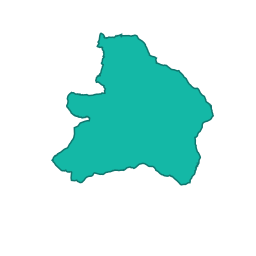 Bruiu, Sibiu, Romania (Equal Earth projection), rotated 131°
{"feature_id": "2599482B45043603267920", "entity_name": "Bruiu", "entity_type": "district", "adm_level": 2, "iso_a3": "ROU", "parent_name": "Romania", "parent_adm1": "Sibiu", "projection": "equal_earth", "projection_center": [24.694, 45.868], "detail": "fine", "context": "isolated", "style": "filled", "palette": "teal", "viewbox_px": 256, "rotation_deg": 131, "n_neighbors": 0, "source": "geoboundaries", "source_scale": "gbopen_adm2", "svg_char_len": 5830}
<svg xmlns="http://www.w3.org/2000/svg" viewBox="0 0 256 256"><g transform="rotate(131 128 128)"><path d="M138.2,193.9L140.3,194.3L141.9,194.4L142.9,194.3L144.0,193.9L145.8,192.9L146.5,191.4L147.6,190.4L149.5,189.3L151.0,189.0L151.6,188.6L152.1,187.9L152.1,186.6L152.3,186.4L152.2,186.1L152.3,186.0L152.6,184.7L152.8,184.3L152.7,183.4L153.1,182.6L153.3,181.5L153.8,181.0L153.8,177.4L153.5,177.2L153.4,176.9L153.6,176.1L153.1,175.6L153.2,175.1L153.0,174.7L152.4,173.9L151.9,173.6L152.2,173.2L152.3,172.8L152.0,172.6L152.0,172.3L151.3,171.2L150.4,170.3L150.6,169.7L150.3,169.5L150.3,169.1L149.5,168.7L149.4,168.4L149.1,168.4L148.3,167.3L147.7,167.3L147.2,167.0L146.7,167.1L146.4,166.8L146.6,166.6L146.6,166.4L146.2,166.5L145.7,165.8L146.0,164.5L145.5,163.9L145.8,163.6L145.9,163.3L147.8,162.1L148.0,162.0L149.0,163.3L151.2,164.9L155.6,167.3L159.6,167.0L163.0,168.7L167.6,164.4L170.8,162.6L173.3,162.0L174.1,162.1L177.1,161.5L178.6,161.5L182.1,160.6L183.0,160.7L184.7,161.6L185.9,162.1L191.0,163.0L191.8,163.6L192.8,163.6L193.6,164.1L194.5,164.1L194.8,163.9L195.7,164.1L195.9,164.4L196.4,164.4L196.3,164.6L196.6,164.8L197.3,164.9L199.2,164.8L200.4,164.3L201.2,164.1L201.3,163.9L201.6,164.2L202.0,164.1L201.6,163.6L202.5,162.6L202.6,161.8L202.5,161.6L202.5,161.1L203.4,158.2L203.7,150.4L203.1,149.2L202.6,148.9L202.5,148.5L202.1,148.2L201.9,147.6L201.3,147.6L200.7,147.3L201.0,146.7L200.9,145.0L200.2,144.0L199.8,143.8L199.8,143.5L199.5,143.5L198.5,142.2L198.3,141.8L198.4,141.5L203.0,138.2L204.6,136.3L202.7,133.6L201.1,132.5L201.0,132.2L201.3,131.6L201.3,130.8L201.0,130.1L200.6,128.3L199.3,127.2L198.6,127.1L195.9,126.9L193.7,127.2L191.9,126.8L190.3,126.0L188.5,124.2L187.0,123.6L184.8,124.1L183.8,123.8L181.3,118.7L180.1,117.5L179.4,116.4L177.9,115.9L176.3,115.7L174.8,114.5L173.8,113.9L172.6,112.7L170.6,111.6L170.1,111.6L169.9,111.1L169.5,111.0L168.6,110.2L168.2,110.2L168.1,109.7L167.0,108.5L166.1,107.0L164.3,105.5L162.9,103.8L162.7,103.9L162.7,103.5L161.1,103.0L159.7,102.8L159.3,102.9L158.3,102.4L156.2,101.0L155.8,100.5L156.0,99.9L155.9,99.6L154.7,98.3L154.6,97.1L152.8,96.4L148.0,95.8L144.9,93.6L143.9,91.9L143.4,89.1L143.4,88.0L143.1,86.9L140.8,84.1L140.6,83.5L140.6,81.9L140.7,81.3L141.1,80.0L141.6,79.3L141.1,76.9L141.3,73.8L141.0,71.8L140.2,70.5L140.3,70.0L140.2,69.4L138.6,66.8L137.5,65.9L136.2,65.4L136.1,64.9L136.3,64.4L136.1,64.2L136.1,63.4L135.5,62.9L135.7,59.0L135.6,56.4L135.8,53.6L136.1,52.0L136.0,50.6L133.9,48.9L132.7,47.5L130.2,46.8L129.6,46.4L128.6,45.4L127.9,46.0L127.4,46.1L126.8,46.8L125.8,47.1L123.7,47.2L122.9,47.8L119.0,47.6L118.2,48.1L117.0,48.5L116.5,49.3L114.9,49.3L114.1,49.9L113.6,50.1L113.5,50.3L113.5,50.6L113.2,50.8L112.5,50.7L112.7,50.9L112.2,51.0L112.0,51.3L110.6,51.2L110.4,51.0L109.7,51.2L109.7,51.3L109.4,51.2L108.5,51.4L108.1,51.6L108.2,51.8L107.9,51.6L105.5,53.4L102.9,54.0L102.2,54.9L101.1,57.3L100.5,58.8L100.6,59.5L100.2,60.5L98.7,62.9L97.7,64.3L96.6,65.1L96.3,66.1L95.9,66.8L92.9,69.3L91.2,71.3L90.4,70.7L89.0,70.5L88.2,70.6L86.9,71.4L85.7,71.7L84.6,71.8L84.0,71.5L83.3,71.4L78.8,72.5L77.1,73.9L75.5,74.7L73.6,74.4L71.9,73.5L71.1,72.8L67.8,71.5L66.3,71.3L64.6,71.8L62.9,71.7L62.5,72.6L61.7,73.4L61.3,74.2L60.4,75.6L59.7,76.2L59.0,77.6L57.8,78.7L57.7,78.8L58.1,78.7L56.7,81.3L56.6,81.2L56.4,82.0L56.7,83.0L56.6,84.2L56.9,85.9L56.4,87.3L55.8,87.7L55.1,89.2L54.3,90.6L54.1,91.6L54.4,92.7L54.5,93.9L54.1,96.5L53.0,98.9L52.5,100.5L52.6,101.8L53.8,102.9L54.6,104.1L54.8,105.2L54.9,107.2L54.6,108.9L54.7,110.5L54.2,112.3L54.3,112.7L53.6,113.7L53.6,114.4L53.1,115.3L52.6,116.6L52.8,119.4L52.3,120.4L52.0,121.8L51.8,124.7L51.9,125.6L51.4,126.7L51.4,127.3L52.6,128.3L53.7,131.2L55.3,133.6L55.6,138.6L55.5,139.9L56.7,141.8L57.4,142.1L58.2,143.9L58.6,144.5L59.4,147.3L59.7,147.9L59.7,148.3L60.2,148.7L60.3,149.4L59.5,149.8L58.5,151.6L57.7,152.1L56.6,152.4L56.9,153.3L56.8,154.1L57.4,155.5L57.9,156.2L58.7,158.4L58.9,159.7L58.3,160.1L57.4,162.2L57.5,162.3L57.3,162.8L56.3,164.2L56.2,164.7L55.7,165.6L55.5,166.1L55.0,166.9L54.8,168.0L54.4,168.9L53.7,169.6L53.2,171.8L53.1,174.1L53.8,178.6L52.6,181.8L53.2,183.3L53.8,184.0L55.1,184.7L55.6,185.4L56.6,185.7L57.6,187.8L62.2,192.9L62.4,192.7L62.3,193.0L62.7,193.2L62.5,193.4L63.2,193.2L63.4,193.0L63.5,193.2L63.3,193.4L62.8,193.7L62.4,193.6L63.1,194.8L62.8,194.9L64.1,195.5L65.3,196.6L65.9,196.6L66.0,196.9L67.0,197.5L66.9,197.6L68.8,197.7L69.0,198.0L69.2,198.8L70.8,200.3L72.0,202.1L73.4,202.6L73.7,203.1L74.1,203.1L74.1,203.4L75.2,204.6L75.3,205.4L75.0,205.7L74.4,205.8L74.0,207.3L73.8,207.6L73.8,208.5L74.2,210.5L75.2,210.6L77.0,209.7L80.3,207.5L81.9,207.0L82.8,207.0L83.3,205.8L83.0,205.6L83.1,205.4L84.1,205.1L85.5,205.1L86.6,204.7L86.3,203.5L85.8,203.0L85.8,202.3L84.4,201.1L84.2,200.8L84.4,200.6L84.1,200.1L84.1,199.9L84.9,199.6L85.4,199.0L85.7,198.4L85.8,197.2L86.1,196.5L86.9,196.3L87.1,195.5L87.8,195.0L88.5,194.2L90.3,193.7L90.0,192.6L92.5,192.5L95.1,190.8L96.5,190.6L96.8,189.7L96.4,188.3L96.5,188.2L97.3,187.8L98.2,187.7L99.3,187.0L101.7,186.1L104.3,184.6L105.7,184.7L106.1,184.4L106.3,183.7L106.7,183.4L106.9,183.4L106.9,183.7L106.4,184.1L106.7,184.5L108.1,184.5L108.3,184.3L108.7,184.7L108.7,185.0L108.9,185.1L109.3,184.8L111.0,184.7L111.7,184.1L113.1,183.6L114.2,181.8L113.8,181.4L113.2,181.3L112.9,180.6L112.6,179.0L112.7,177.9L112.6,176.1L111.9,173.9L112.7,173.3L113.1,172.5L113.3,170.8L114.4,170.3L115.0,170.4L116.2,169.0L117.0,168.3L118.1,169.7L118.6,170.6L119.4,170.5L120.3,171.0L121.2,172.0L122.1,172.6L122.8,173.6L125.1,175.4L125.7,175.6L126.4,176.1L129.1,178.7L129.6,179.5L129.5,179.8L129.8,180.5L129.8,181.0L130.6,181.5L131.0,182.1L132.7,183.7L132.8,184.2L133.0,184.2L133.8,185.1L133.9,185.7L134.3,185.9L134.3,186.2L134.6,186.5L134.2,186.7L134.7,187.2L135.4,188.4L135.7,188.4L135.9,188.9L136.7,189.5L136.9,190.3L137.1,192.0L137.4,192.6L138.2,193.3L138.2,193.9Z" fill="#14b8a6" stroke="#0f766e" stroke-width="1.5"/></g></svg>